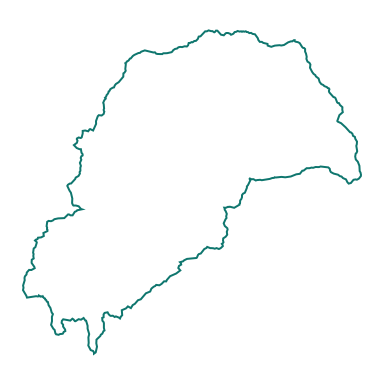 Huanuco, Huánuco, Peru (Albers equal-area conic projection)
{"feature_id": "86281439B77325652799034", "entity_name": "Huanuco", "entity_type": "district", "adm_level": 2, "iso_a3": "PER", "parent_name": "Peru", "parent_adm1": "Huánuco", "projection": "albers", "projection_center": [-76.232, -9.851], "detail": "fine", "context": "isolated", "style": "outline", "palette": "teal", "viewbox_px": 384, "rotation_deg": 0, "n_neighbors": 0, "source": "geoboundaries", "source_scale": "gbopen_adm2", "svg_char_len": 5821}
<svg xmlns="http://www.w3.org/2000/svg" viewBox="0 0 384 384"><path d="M218.9,249.0L220.6,248.2L222.8,246.2L222.7,245.1L221.8,243.9L223.0,243.0L223.5,242.2L223.0,240.7L223.2,238.4L225.7,236.7L227.2,234.7L226.8,231.8L227.6,229.5L227.3,228.2L224.8,226.0L223.7,223.3L225.5,219.3L226.5,218.0L226.2,216.3L226.8,213.9L225.7,211.2L224.7,209.7L224.7,208.7L224.3,207.7L225.8,207.8L228.1,206.8L228.9,207.0L229.8,206.7L234.2,207.8L239.5,204.7L239.4,204.0L240.0,203.4L240.2,200.4L241.3,199.1L242.0,197.2L242.0,195.1L243.0,193.7L244.9,192.7L246.9,187.8L246.9,186.4L248.0,185.1L250.3,180.4L249.6,178.9L249.9,178.5L251.3,179.2L253.5,179.2L255.8,180.5L256.9,180.1L260.1,179.8L261.8,180.2L269.8,178.9L272.3,178.0L274.0,177.9L274.6,177.3L275.7,177.5L281.5,176.9L285.3,177.3L290.8,176.5L296.3,174.3L299.9,173.8L302.3,170.7L303.6,170.6L306.6,168.2L309.4,168.2L311.5,167.6L313.1,167.8L315.6,167.0L318.9,167.1L320.6,166.5L328.3,167.4L329.7,168.7L330.1,170.7L330.9,172.1L333.7,173.6L338.0,174.7L340.0,176.2L341.5,176.5L343.0,178.1L346.0,179.4L347.4,182.2L348.7,183.6L350.9,183.0L353.5,179.8L355.5,179.4L356.9,179.7L358.8,178.7L360.8,176.2L361.0,174.9L360.5,172.5L359.7,171.2L359.4,165.8L357.8,161.7L355.8,159.5L355.2,156.5L355.7,153.6L356.6,152.8L357.2,151.2L356.3,145.9L356.8,144.2L357.0,141.6L355.3,138.8L354.9,136.9L353.0,135.8L352.4,133.7L350.8,132.3L350.0,132.2L345.6,127.3L341.1,123.2L337.7,121.6L337.3,121.0L339.4,115.1L342.8,112.2L342.3,109.8L342.4,107.2L339.8,104.8L339.1,103.2L337.7,102.9L337.1,102.3L335.5,98.2L334.6,97.3L333.5,97.1L329.3,92.4L328.9,91.0L329.4,89.2L328.7,88.2L327.7,88.1L326.9,87.1L324.3,86.1L323.3,85.0L321.3,84.1L319.6,81.9L318.6,78.5L315.9,76.4L315.3,75.1L313.6,73.9L312.2,72.0L310.0,67.8L310.4,64.5L309.4,62.8L307.5,61.6L306.4,58.9L306.7,56.8L306.0,53.6L305.1,51.6L305.1,49.0L304.1,48.0L303.1,47.9L302.2,47.1L299.7,43.1L298.0,42.2L295.3,41.6L294.5,40.9L294.6,40.2L293.9,40.2L292.2,41.4L291.1,41.3L288.2,42.3L284.0,45.0L281.3,45.5L279.5,45.2L274.9,45.6L271.3,46.8L267.7,45.6L267.5,43.9L263.3,42.9L261.9,41.9L259.8,41.9L258.3,39.9L257.8,38.2L255.0,34.3L252.6,33.9L251.1,32.9L249.3,33.1L248.0,32.1L246.6,32.0L245.8,31.3L244.2,31.7L243.0,31.3L242.0,31.8L241.1,31.3L239.7,31.6L237.6,31.0L236.2,31.8L234.6,32.1L233.4,33.7L231.3,34.7L230.8,34.7L230.2,33.8L228.1,33.0L226.5,33.0L225.7,33.3L223.8,35.3L221.0,34.7L217.4,30.7L216.0,30.6L214.9,32.0L214.2,32.3L212.4,31.1L211.0,31.1L208.6,30.4L206.9,31.3L205.2,31.3L200.5,36.3L198.7,36.6L197.8,39.0L195.9,40.9L194.3,41.0L192.6,42.3L191.5,42.1L190.2,42.9L188.7,43.0L188.1,45.3L186.9,46.5L184.6,46.3L182.1,47.1L180.2,46.9L178.4,47.3L177.1,48.5L174.9,49.0L173.0,50.4L172.4,51.5L171.5,52.2L167.0,53.2L163.3,53.3L162.2,54.1L157.8,54.0L156.2,53.7L154.9,52.3L153.5,52.5L144.8,50.4L141.2,51.7L139.9,52.9L138.5,53.0L134.4,54.9L132.8,56.0L130.8,58.4L129.9,58.6L128.5,60.6L126.7,61.6L126.3,62.7L125.3,63.2L125.8,64.5L125.3,69.0L125.7,70.8L124.5,72.6L123.4,73.4L123.3,76.7L118.7,82.2L115.9,84.0L114.8,85.4L114.0,87.4L112.7,87.7L110.4,89.1L109.4,91.0L108.6,91.5L108.5,92.5L107.5,94.2L106.6,95.1L106.1,96.7L105.0,97.8L105.7,98.7L104.3,100.2L103.2,102.8L103.7,104.1L104.1,108.6L103.7,109.5L103.8,110.8L104.3,111.5L103.7,113.9L101.7,115.5L98.8,115.2L97.8,116.2L96.0,121.1L96.1,123.9L93.1,130.5L90.2,129.1L89.6,129.3L88.2,131.3L85.2,130.5L82.7,130.9L82.7,133.5L81.7,137.4L80.8,138.0L78.6,137.5L76.9,138.5L76.8,139.2L77.5,140.7L76.9,142.8L73.9,145.1L76.7,148.0L79.5,149.2L80.9,149.2L81.5,152.7L82.6,154.2L82.6,155.5L81.3,156.3L80.7,158.0L81.3,159.8L79.9,162.9L80.9,165.9L80.3,167.8L80.4,170.8L79.6,172.1L79.9,173.6L78.5,176.0L75.7,177.6L75.2,179.0L71.1,183.5L69.7,183.6L67.9,184.8L67.3,185.9L69.5,190.6L70.9,192.7L72.3,198.5L72.1,203.1L72.8,204.8L73.4,205.5L75.8,205.5L78.7,206.3L81.0,209.0L81.9,209.3L77.1,210.3L76.5,211.1L74.8,211.8L72.6,215.3L70.4,215.3L69.2,214.5L68.1,214.4L64.3,218.1L58.1,218.4L54.4,219.2L52.8,220.5L51.0,221.2L48.6,220.9L47.2,221.8L46.6,226.3L47.1,227.4L47.0,229.3L47.5,229.9L47.4,231.1L43.4,233.0L43.8,236.0L41.1,237.4L38.0,237.7L37.5,239.1L35.8,239.7L35.0,240.5L36.5,241.8L36.8,242.6L35.4,247.1L33.7,248.5L33.1,252.8L33.6,254.0L33.3,255.9L33.7,258.5L31.8,259.7L31.6,262.3L31.7,263.1L34.3,266.8L34.7,268.2L31.4,270.0L29.1,269.9L26.8,272.5L26.5,274.5L24.9,276.4L24.5,278.0L24.7,280.2L23.1,285.5L23.5,287.8L23.0,290.1L26.3,295.7L27.0,297.6L36.1,296.2L38.0,296.5L38.7,296.1L38.9,295.5L40.3,296.6L40.9,296.2L42.3,296.8L42.8,296.3L43.8,297.9L45.1,298.6L45.2,299.5L46.2,300.1L46.8,301.6L47.9,302.0L48.6,305.2L50.4,307.9L51.7,312.5L52.9,314.1L51.9,316.9L52.0,321.2L51.1,324.9L53.3,328.7L54.6,329.9L55.4,333.3L56.1,334.3L58.6,334.8L60.2,334.0L62.0,333.9L62.9,333.6L63.7,331.9L65.3,331.1L65.1,329.5L63.1,326.6L63.1,324.7L61.6,322.9L61.9,320.8L63.2,319.3L70.3,320.6L72.4,318.7L73.5,319.4L74.8,321.1L75.5,321.2L78.6,319.2L81.0,319.7L83.6,318.0L85.4,320.6L86.1,320.7L87.6,325.8L87.6,328.7L89.2,334.1L88.4,337.3L88.7,342.9L88.3,345.5L90.7,350.1L93.1,351.0L94.0,352.5L94.0,353.6L95.7,352.4L97.0,346.7L96.3,343.3L96.5,339.6L100.3,336.0L100.8,334.7L102.3,333.7L103.5,331.1L104.5,330.5L103.9,327.9L103.9,323.2L103.6,322.1L102.4,320.7L102.2,317.9L103.6,317.3L103.6,314.4L104.6,312.9L107.6,312.3L108.7,314.3L110.1,315.6L110.8,315.9L112.8,315.7L114.7,317.0L115.9,316.4L118.9,317.6L120.0,318.5L120.8,316.7L122.2,315.2L121.8,310.2L126.0,308.4L127.9,306.4L130.9,308.1L132.7,305.1L134.9,303.8L138.0,300.2L140.8,299.3L145.9,293.3L150.2,291.5L151.4,288.6L153.7,286.7L155.2,286.0L156.2,284.9L159.4,285.3L161.6,283.9L164.1,281.3L166.2,281.4L166.9,279.9L170.1,276.2L176.2,273.5L180.3,270.4L178.3,268.0L179.0,265.9L181.2,264.6L180.9,263.2L180.0,262.2L183.1,261.3L184.1,260.3L187.0,258.9L196.3,258.0L196.9,257.6L198.0,255.0L198.8,254.1L200.8,253.5L204.3,249.0L206.4,248.0L207.2,246.9L210.2,248.1L213.0,248.2L214.8,248.7L216.5,248.1L218.9,249.0Z" fill="none" stroke="#0f766e" stroke-width="2"/></svg>